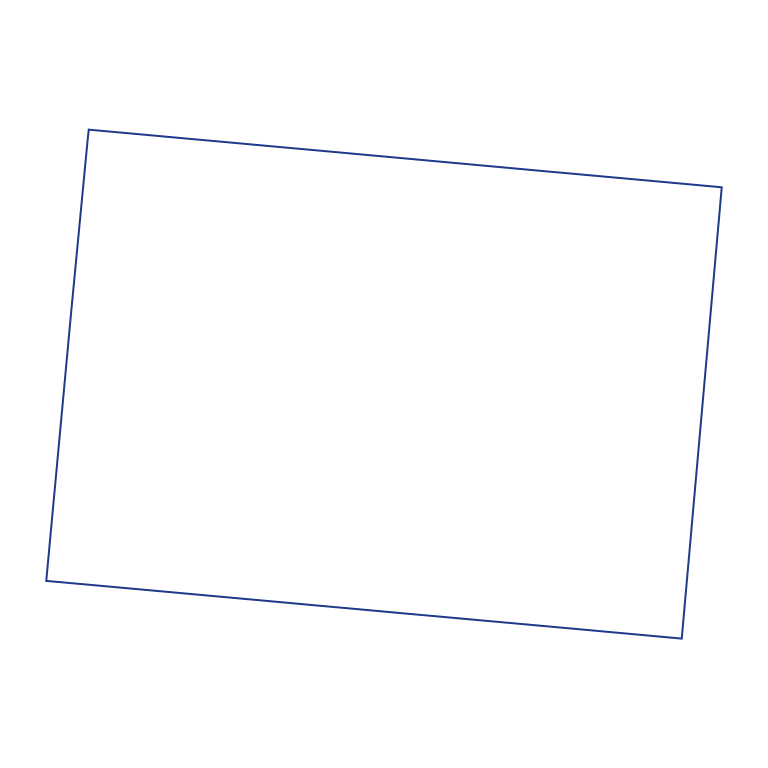 Atreuco, La Pampa, Argentina, rotated 5°
{"feature_id": "61730980B71031057558278", "entity_name": "Atreuco", "entity_type": "district", "adm_level": 2, "iso_a3": "ARG", "parent_name": "Argentina", "parent_adm1": "La Pampa", "projection": "natural_earth1", "projection_center": [-63.75, -37.032], "detail": "fine", "context": "isolated", "style": "outline", "palette": "blue", "viewbox_px": 768, "rotation_deg": 5, "n_neighbors": 0, "source": "geoboundaries", "source_scale": "gbopen_adm2", "svg_char_len": 445}
<svg xmlns="http://www.w3.org/2000/svg" viewBox="0 0 768 768"><g transform="rotate(5 384 384)"><path d="M702.8,611.7L703.3,182.8L703.3,164.5L703.3,159.1L703.3,158.7L702.2,158.6L700.8,158.6L522.2,158.0L255.5,157.0L248.9,157.0L162.6,156.7L70.9,156.4L67.9,156.3L67.7,156.3L67.5,166.2L66.1,338.3L64.7,609.6L70.2,609.6L338.4,610.5L428.5,610.8L497.7,611.0L563.9,611.2L701.5,611.7L702.8,611.7Z" fill="none" stroke="#1e3a8a" stroke-width="2"/></g></svg>